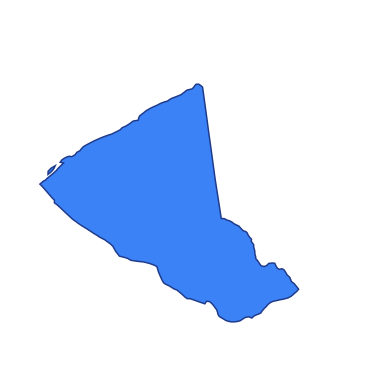 Itarema, Ceará, Brazil (Mercator projection), rotated 297°
{"feature_id": "56859067B50082405211585", "entity_name": "Itarema", "entity_type": "district", "adm_level": 2, "iso_a3": "BRA", "parent_name": "Brazil", "parent_adm1": "Ceará", "projection": "mercator", "projection_center": [-39.901, -3.07], "detail": "fine", "context": "isolated", "style": "filled", "palette": "blue", "viewbox_px": 384, "rotation_deg": 297, "n_neighbors": 0, "source": "geoboundaries", "source_scale": "gbopen_adm2", "svg_char_len": 2695}
<svg xmlns="http://www.w3.org/2000/svg" viewBox="0 0 384 384"><g transform="rotate(297 192 192)"><path d="M153.8,331.1L155.0,328.6L156.0,326.3L156.8,324.5L157.3,321.3L160.3,317.9L161.3,314.4L163.0,311.9L164.5,309.1L164.4,306.9L162.9,305.2L162.7,302.9L164.5,300.0L166.1,298.1L165.2,295.8L163.3,292.9L160.4,291.9L158.3,290.1L157.7,287.0L159.0,284.4L160.6,281.6L161.6,279.1L163.4,278.0L165.3,276.2L167.3,275.1L168.9,273.9L170.8,272.1L173.1,270.8L174.8,267.3L177.0,266.4L177.8,264.0L179.2,261.5L180.8,259.4L181.2,257.5L180.7,255.5L181.5,252.8L182.9,249.3L182.8,246.4L182.8,243.7L183.3,241.3L183.4,238.6L182.9,236.1L182.9,232.8L181.7,230.1L213.8,206.9L237.9,190.2L253.6,179.2L268.4,169.0L290.1,153.9L290.8,151.8L291.1,148.9L289.8,146.7L287.8,146.2L285.8,145.9L283.8,145.2L282.2,143.2L280.3,141.1L277.1,139.7L273.5,137.9L271.0,135.7L268.1,133.1L265.9,131.1L264.1,130.0L261.9,128.9L259.9,126.7L257.3,124.3L255.8,123.1L254.0,121.9L250.8,119.3L248.7,117.6L246.1,115.9L243.7,114.3L240.5,112.9L236.2,110.8L233.8,110.9L231.6,111.5L228.4,107.3L224.5,105.4L220.9,103.3L217.6,100.6L214.7,99.7L211.9,97.7L210.1,96.3L207.2,94.2L205.6,92.5L203.3,90.3L201.6,88.7L198.9,86.3L196.7,84.5L193.0,81.5L190.9,80.0L188.5,78.3L185.1,75.9L182.9,74.6L180.7,73.9L177.9,73.4L175.1,71.4L172.1,70.9L168.9,68.9L168.1,66.4L166.8,64.9L164.4,63.1L161.6,61.5L158.7,61.0L159.5,64.4L152.3,62.0L149.5,61.4L145.9,60.0L143.6,59.1L140.9,57.8L138.0,56.6L135.9,56.0L134.3,54.7L132.4,53.9L130.0,52.9L128.9,56.3L123.1,70.4L122.4,73.0L119.9,74.3L119.4,77.5L118.3,81.5L116.4,87.9L115.5,91.0L115.0,92.9L114.3,95.2L113.4,98.6L112.9,102.3L112.5,104.3L111.9,109.0L111.4,115.6L110.5,123.6L110.3,127.0L109.9,129.4L109.8,136.2L109.4,138.2L108.8,142.4L107.8,146.0L104.5,150.9L103.0,154.1L101.9,156.4L103.0,161.2L103.6,164.5L103.4,168.6L104.6,172.2L105.8,175.8L107.5,180.1L108.6,184.4L109.2,187.6L109.5,190.2L109.7,192.4L109.5,194.7L106.1,197.9L104.7,199.4L100.2,204.9L98.2,207.9L97.9,210.0L98.0,214.5L97.8,216.5L97.5,219.8L97.8,223.1L96.9,227.2L96.3,229.8L95.2,233.5L94.8,236.1L96.1,238.9L96.8,244.0L97.2,247.2L98.2,254.2L101.3,254.6L102.3,257.3L101.7,260.2L100.5,263.0L99.5,264.9L98.4,267.3L96.7,269.1L94.8,270.7L93.5,272.8L93.3,275.0L93.2,277.3L92.9,280.5L93.3,283.0L94.1,285.9L95.5,288.7L97.6,291.7L99.2,293.4L101.9,294.9L104.5,296.5L106.6,299.2L106.9,302.6L109.2,303.3L111.8,305.1L113.2,306.5L115.3,308.2L117.8,308.5L121.0,309.2L123.7,310.2L126.2,310.7L129.4,312.2L131.8,314.3L133.6,316.6L135.9,319.3L137.6,321.5L139.2,323.4L141.2,325.6L144.0,327.6L146.6,328.7L148.7,329.5L151.1,330.5L153.8,331.1ZM153.3,58.2L149.2,55.6L145.1,54.4L142.3,55.7L145.5,57.2L148.2,58.0L150.5,58.3L153.3,58.2Z" fill="#3b82f6" stroke="#1e3a8a" stroke-width="1.5"/></g></svg>